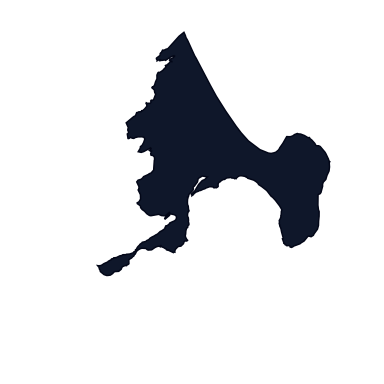 As Salif, Al Hudaydah, Yemen (orthographic projection), rotated 223°
{"feature_id": "15242507B64792839712750", "entity_name": "As Salif", "entity_type": "district", "adm_level": 2, "iso_a3": "YEM", "parent_name": "Yemen", "parent_adm1": "Al Hudaydah", "projection": "orthographic", "projection_center": [42.691, 15.273], "detail": "fine", "context": "isolated", "style": "filled", "palette": "ink", "viewbox_px": 384, "rotation_deg": 223, "n_neighbors": 0, "source": "geoboundaries", "source_scale": "gbopen_adm2", "svg_char_len": 6081}
<svg xmlns="http://www.w3.org/2000/svg" viewBox="0 0 384 384"><g transform="rotate(223 192 192)"><path d="M307.7,297.2L307.4,280.3L308.4,278.7L309.2,276.4L310.1,276.0L310.3,275.7L309.5,272.8L309.8,272.4L309.7,271.6L308.5,270.1L309.3,265.8L308.9,265.1L307.3,264.6L307.0,264.2L306.4,266.0L305.6,267.0L305.1,266.1L304.3,267.0L304.1,267.8L303.3,268.2L302.3,269.8L301.1,270.2L299.8,275.9L299.0,277.8L298.2,279.5L297.4,279.6L297.3,277.6L297.8,275.7L298.7,274.2L298.2,273.0L295.8,273.8L295.6,273.5L296.9,272.9L296.6,270.5L296.9,269.5L296.5,268.1L297.2,267.6L297.7,266.4L296.4,265.9L296.5,265.4L296.1,264.6L296.4,263.7L296.3,261.0L297.1,257.5L298.2,256.6L298.2,255.9L297.4,253.6L294.9,251.0L293.8,247.7L292.6,245.3L292.2,244.2L292.1,242.7L292.7,242.0L292.4,240.9L289.3,241.0L287.0,239.3L285.3,238.8L283.1,233.4L283.5,231.9L284.4,231.4L284.3,230.4L283.2,229.8L283.0,228.4L284.0,227.6L284.9,226.5L286.3,226.1L286.0,225.4L284.7,225.1L283.5,223.9L283.3,220.2L283.6,217.7L284.3,217.1L284.0,216.4L284.2,215.8L285.8,214.0L286.1,212.7L286.6,212.3L285.6,209.9L285.5,208.4L286.0,207.6L286.2,206.4L287.3,197.7L282.4,195.6L281.8,194.2L280.7,193.1L280.1,193.1L279.0,192.3L278.7,191.1L278.9,190.3L275.3,187.5L274.7,187.9L274.4,188.9L274.5,189.9L272.4,190.6L271.1,191.5L270.7,193.0L269.1,195.5L266.3,198.2L264.4,199.3L262.6,198.5L261.1,195.2L260.3,191.9L260.6,190.6L260.5,189.6L259.8,189.4L258.8,184.8L256.2,186.3L254.9,188.6L252.4,196.1L251.4,195.8L251.3,194.3L251.6,193.4L250.4,193.5L250.2,194.1L249.5,194.4L248.4,191.9L247.1,191.0L245.1,192.1L243.6,192.0L241.7,190.5L241.2,189.5L235.0,181.9L234.9,177.9L235.8,176.1L235.8,175.3L237.9,170.2L237.7,168.9L237.8,166.8L239.5,163.9L239.3,161.7L234.1,159.6L233.5,158.5L233.1,158.4L232.8,156.8L227.9,154.9L224.8,151.8L224.1,148.7L224.7,146.6L224.0,146.2L220.4,146.7L218.8,145.5L216.4,145.2L213.6,145.6L210.2,145.3L207.2,145.8L205.9,146.6L201.1,153.0L198.3,153.9L195.4,156.2L195.1,157.6L194.9,161.3L194.5,161.8L194.0,161.6L193.8,161.0L193.9,158.9L194.2,157.6L194.0,156.6L194.1,154.4L193.8,153.9L193.2,153.9L192.5,159.6L193.0,160.8L192.7,161.4L189.3,163.4L187.4,163.7L186.1,163.0L184.9,161.0L185.1,158.9L185.5,158.1L186.7,155.3L186.8,154.3L187.1,154.1L186.9,153.8L186.9,152.6L187.2,150.5L188.0,149.5L188.0,148.9L187.4,148.1L187.5,147.6L187.0,147.3L186.9,146.5L187.7,142.8L188.3,141.5L188.6,136.9L189.0,136.7L189.8,133.7L190.6,131.7L191.2,129.4L191.1,127.8L192.0,125.6L191.9,125.0L192.4,123.8L194.0,121.4L193.9,121.3L194.0,120.3L194.4,118.2L194.2,117.2L194.3,115.5L194.2,114.1L193.6,112.1L193.9,111.3L193.1,110.8L193.7,108.4L193.5,107.5L195.3,104.1L197.6,101.6L197.6,101.0L199.4,99.4L200.0,98.5L199.9,97.8L201.2,96.2L202.6,92.5L204.3,90.5L204.1,90.3L204.1,90.0L205.2,88.1L205.0,87.2L206.0,84.2L205.9,83.4L207.5,79.7L208.3,76.4L209.7,74.6L210.8,73.8L208.7,73.5L207.9,73.2L207.5,72.6L206.1,72.2L204.7,71.3L200.0,71.6L197.4,72.8L196.6,73.6L195.0,75.6L194.4,78.3L194.5,79.5L194.3,81.0L191.5,84.0L191.1,87.1L191.8,88.9L191.9,89.9L191.2,91.7L190.5,92.9L189.9,93.2L189.6,93.6L189.8,94.5L189.3,95.4L189.2,96.5L191.5,98.8L191.9,99.4L191.9,100.1L191.2,102.5L191.2,104.7L190.9,105.2L191.4,107.1L191.2,107.9L192.1,110.7L191.8,113.3L191.2,115.1L190.4,116.6L188.4,118.3L187.1,119.3L185.4,119.3L184.5,119.6L182.3,121.9L182.0,122.5L181.3,125.9L180.5,128.0L179.3,129.8L177.7,130.8L178.6,132.3L177.6,130.7L177.5,131.0L174.9,132.0L171.4,132.7L171.2,132.4L170.4,132.6L169.9,133.6L169.4,133.8L169.2,133.4L164.2,135.0L164.1,135.8L164.4,135.8L163.5,136.3L164.4,137.2L165.0,138.8L165.0,142.4L163.9,144.1L163.2,144.8L163.0,148.3L164.0,150.6L163.5,151.8L162.8,152.1L162.2,153.3L162.3,153.7L163.3,153.7L166.0,154.6L167.8,156.2L167.8,156.7L170.0,159.4L171.4,162.0L171.0,162.8L171.1,163.3L172.1,164.6L171.9,165.9L172.9,166.9L174.5,167.9L175.3,169.0L177.1,170.6L178.6,171.2L179.6,172.1L181.3,174.5L181.5,175.1L181.1,175.2L181.3,176.2L182.8,177.0L185.1,179.1L186.7,179.8L188.2,181.2L190.1,183.4L191.0,185.0L191.5,185.1L191.3,185.3L191.4,185.9L191.9,187.1L192.6,187.8L192.5,193.9L193.1,195.2L194.0,195.7L194.5,196.8L194.3,197.8L194.9,203.1L196.5,205.8L196.4,207.2L195.3,210.8L191.0,213.5L191.2,209.8L192.3,207.4L192.3,202.1L190.7,194.7L191.0,190.4L190.6,189.6L189.7,189.7L189.5,189.4L189.2,190.9L189.4,192.2L189.0,194.7L187.9,196.8L187.7,197.7L186.7,199.1L185.7,201.7L184.8,203.1L184.6,204.2L182.7,207.9L180.2,210.1L179.7,209.9L178.8,210.0L177.3,211.7L177.1,211.7L176.8,212.5L176.6,213.8L178.5,215.8L178.9,217.6L178.4,218.5L178.4,219.8L177.8,222.2L176.7,223.5L176.3,225.8L173.2,229.4L172.5,229.3L170.8,230.7L169.8,230.8L169.5,231.4L168.8,231.9L169.0,232.2L168.9,234.3L168.3,236.2L166.8,237.7L164.2,239.4L163.1,239.8L163.1,240.3L162.8,240.3L162.8,239.8L161.5,240.2L160.6,240.1L154.9,242.8L152.1,243.3L149.9,243.4L148.3,242.9L144.9,243.5L139.3,244.0L137.8,244.0L131.4,242.9L129.3,243.1L125.3,242.8L118.4,241.6L115.4,240.7L114.3,240.3L113.9,239.9L113.4,238.7L111.5,236.5L110.7,235.0L110.0,234.5L109.1,232.2L108.8,230.7L107.6,229.7L106.6,228.3L105.3,227.7L104.8,227.1L102.0,225.9L99.3,223.9L94.1,220.7L93.7,220.2L94.0,219.5L90.2,217.5L89.9,217.1L88.7,217.3L88.0,217.0L87.4,217.3L86.4,217.2L85.7,217.7L84.4,219.2L83.9,219.3L82.5,218.7L82.0,219.3L81.4,219.4L80.9,220.7L80.7,221.9L77.7,227.8L77.5,229.4L76.6,232.6L77.0,238.4L76.6,239.4L74.4,240.5L73.7,243.1L74.2,244.7L74.9,250.4L76.7,253.8L79.6,257.1L82.5,260.9L85.7,264.4L87.5,265.3L91.0,268.3L97.7,275.7L98.0,276.4L97.2,277.8L97.3,279.5L100.4,285.3L101.7,286.6L102.7,288.6L102.7,292.4L104.6,296.2L106.1,300.8L108.5,304.1L111.9,307.3L111.8,308.1L113.4,308.3L114.6,309.1L120.2,311.3L121.9,311.8L129.3,312.7L130.9,312.2L132.5,310.8L133.4,310.6L135.3,311.3L139.9,311.7L142.2,311.5L142.8,311.8L143.5,311.8L143.7,311.3L144.4,310.8L148.3,310.0L152.0,308.5L154.2,306.8L154.9,306.6L156.2,303.9L156.6,301.7L157.8,299.5L160.5,297.1L158.7,289.5L158.0,284.3L157.6,283.0L157.4,281.6L157.8,278.4L158.8,276.5L160.4,274.2L162.6,272.6L171.2,269.3L185.6,267.8L196.5,268.8L204.7,270.2L222.4,274.1L239.5,278.6L251.9,282.7L280.1,292.6L282.9,293.4L298.6,299.9L301.9,300.9L303.5,301.9L306.8,303.3L307.7,297.2Z" fill="#0f172a" stroke="#020617" stroke-width="1.5"/></g></svg>